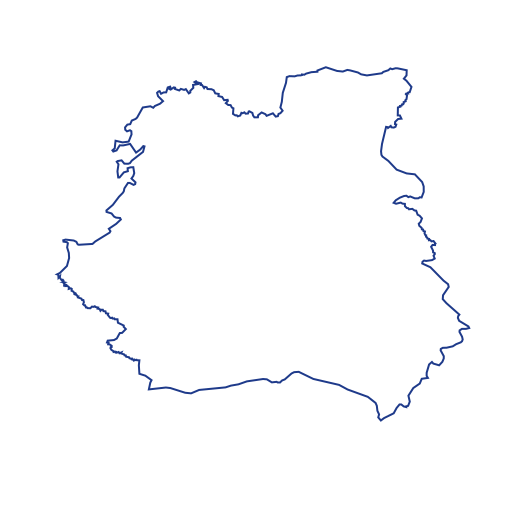 outline of Trakan Phuet Phon, Ubon Ratchathani, Thailand, rotated 81°
{"feature_id": "78962969B42152310983042", "entity_name": "Trakan Phuet Phon", "entity_type": "district", "adm_level": 2, "iso_a3": "THA", "parent_name": "Thailand", "parent_adm1": "Ubon Ratchathani", "projection": "robinson", "projection_center": [105.015, 15.601], "detail": "fine", "context": "isolated", "style": "outline", "palette": "blue", "viewbox_px": 512, "rotation_deg": 81, "n_neighbors": 0, "source": "geoboundaries", "source_scale": "gbopen_adm2", "svg_char_len": 5959}
<svg xmlns="http://www.w3.org/2000/svg" viewBox="0 0 512 512"><g transform="rotate(81 256 256)"><path d="M243.0,455.3L243.6,454.2L246.7,454.5L245.4,452.8L246.6,453.2L248.9,452.1L249.5,451.7L249.2,450.6L250.0,450.1L250.4,450.6L251.6,449.8L251.7,450.5L252.2,449.2L252.5,450.3L253.3,449.7L254.6,450.0L254.2,449.2L254.8,448.0L255.9,448.8L256.2,446.8L257.6,445.6L259.2,446.1L258.9,444.0L259.7,443.1L261.5,443.6L262.6,441.9L264.0,441.5L264.5,440.1L265.1,439.9L265.6,440.8L266.7,439.0L267.9,438.7L268.1,437.8L269.1,438.3L270.8,435.1L272.3,434.7L272.5,433.4L274.7,433.2L276.6,434.3L278.0,433.2L278.0,432.5L280.2,432.0L280.2,431.2L281.1,430.6L281.7,427.8L280.3,425.9L280.8,424.6L280.4,423.1L281.2,422.7L282.2,420.0L283.2,420.7L284.0,418.7L285.8,418.2L284.9,417.0L285.1,415.7L286.6,415.3L287.1,413.3L289.1,413.2L289.8,411.0L291.0,411.6L294.2,409.8L294.7,408.8L294.4,407.8L295.5,407.1L295.5,405.7L296.4,405.4L296.8,402.7L300.3,402.8L304.0,397.5L305.2,397.8L307.8,396.0L311.0,400.3L310.8,402.6L315.7,406.4L316.8,409.4L316.4,415.7L318.1,416.7L318.6,415.2L320.1,415.8L320.4,414.4L322.1,412.6L323.3,412.8L323.3,413.8L324.2,414.2L326.1,413.5L327.6,411.8L328.5,411.7L328.3,410.3L329.3,409.9L329.0,408.9L329.7,408.6L329.3,406.7L330.7,406.1L330.2,404.1L331.0,404.7L332.6,401.6L333.6,401.4L333.8,400.2L335.2,400.0L336.1,397.3L337.2,397.0L337.8,395.5L338.4,395.2L338.0,394.5L339.1,394.0L339.2,392.6L340.1,392.8L339.8,390.2L340.3,390.0L340.8,387.5L345.6,388.8L354.1,389.6L356.9,384.0L362.3,378.6L364.5,380.2L371.0,382.7L371.8,365.6L373.0,361.3L380.0,347.3L381.5,341.6L379.4,333.1L381.0,306.6L380.1,301.0L380.0,293.4L378.4,284.6L378.6,268.3L379.5,264.6L383.3,260.1L383.5,255.3L384.3,254.4L384.7,252.1L383.0,249.7L382.4,246.9L377.6,239.3L376.7,236.5L377.1,231.9L386.4,218.6L396.3,194.1L402.2,186.4L412.6,167.6L419.8,160.9L422.8,160.1L427.9,160.3L431.7,159.2L434.5,160.5L438.0,158.4L436.1,154.8L432.9,144.6L428.1,140.9L425.1,137.5L425.4,135.7L427.7,133.6L428.7,131.3L428.0,131.3L427.8,129.2L423.9,126.9L417.8,127.3L411.0,121.3L407.6,114.2L403.2,111.5L403.3,105.3L401.0,106.2L398.0,105.7L390.2,102.0L388.2,98.8L390.0,97.7L392.6,92.2L389.7,88.5L386.6,86.6L384.3,86.2L378.1,88.4L376.7,88.0L375.9,85.8L376.4,82.2L376.0,75.8L374.4,72.1L373.3,67.2L372.4,65.8L370.7,64.9L367.9,65.1L362.8,66.9L361.3,66.5L360.2,64.0L360.8,59.9L360.5,56.7L358.8,57.2L351.8,65.5L348.7,66.3L347.0,65.7L345.7,64.3L332.4,75.3L327.8,78.3L324.0,77.4L316.7,70.5L313.9,70.7L309.7,74.6L294.4,85.5L289.4,93.0L287.7,92.4L286.8,90.7L287.5,88.8L287.6,82.8L286.5,79.9L283.5,80.6L282.1,79.1L281.1,79.0L280.1,80.5L278.3,80.3L274.3,81.6L272.7,79.9L273.2,77.5L272.1,77.4L271.8,76.8L269.0,78.3L269.0,80.4L267.6,81.3L267.5,82.7L266.2,82.4L265.6,84.0L264.5,84.0L263.5,85.1L262.2,84.7L261.8,85.5L260.0,86.0L258.2,85.3L257.6,86.7L256.0,86.8L255.6,88.0L254.1,88.0L251.7,90.0L249.6,90.2L248.1,88.1L244.8,86.2L241.8,88.1L240.5,89.9L236.3,90.7L235.8,92.4L233.9,94.2L233.8,97.6L232.7,98.1L232.2,99.5L230.1,101.1L227.8,100.8L227.2,103.1L225.9,104.7L226.3,109.5L225.0,111.7L222.8,109.2L220.9,104.8L219.9,100.4L220.0,98.0L221.7,96.3L221.3,94.4L223.9,90.1L224.4,86.6L223.6,85.0L224.1,83.3L218.9,80.3L213.5,79.5L209.0,80.3L200.2,86.3L198.0,94.3L192.7,103.6L182.8,110.4L177.6,115.5L175.7,116.3L172.1,116.1L165.0,114.0L148.8,107.3L149.3,105.9L150.2,105.6L148.6,102.6L150.1,102.1L150.7,99.8L150.2,98.0L148.1,96.9L147.5,98.1L145.3,97.6L142.9,94.2L143.1,90.9L139.7,91.9L139.3,94.0L131.5,92.6L131.1,90.1L130.3,90.2L130.2,88.6L129.0,87.9L129.2,87.0L128.6,86.3L127.1,86.1L126.6,84.0L125.5,84.1L124.6,82.8L121.0,81.7L119.5,82.7L119.1,82.3L119.3,80.7L118.8,80.9L118.2,79.9L118.3,78.6L113.3,76.0L106.4,80.0L104.0,82.2L101.2,79.1L96.1,78.1L92.8,86.8L92.4,88.8L92.8,92.3L91.8,94.0L93.2,96.2L94.1,101.5L95.2,103.1L95.0,118.2L93.0,123.8L90.7,126.6L87.4,134.0L86.5,136.7L87.4,141.4L85.9,147.0L80.5,157.5L82.4,166.3L83.6,166.5L83.1,172.5L83.7,178.0L84.5,179.9L83.9,182.2L84.5,182.3L84.6,183.6L84.2,186.7L84.6,189.7L83.6,194.8L84.1,197.6L89.7,199.3L99.0,204.0L107.8,206.4L113.2,208.7L116.7,207.0L118.8,209.6L119.2,211.5L121.3,212.5L121.4,214.7L117.7,217.0L119.2,223.6L117.4,224.5L115.1,228.0L117.3,231.9L119.3,232.4L118.8,235.9L116.8,236.9L114.1,237.2L112.0,240.0L112.1,240.6L114.0,241.6L113.8,244.0L112.3,245.0L112.9,246.9L112.3,248.0L114.8,249.6L115.2,252.2L114.0,253.0L113.9,254.4L112.0,256.5L106.6,255.2L105.6,256.6L103.0,257.5L102.5,259.8L100.3,261.9L98.4,259.5L97.3,259.6L97.1,263.1L93.6,264.6L92.2,268.1L90.1,267.5L89.0,270.8L85.7,271.8L84.3,273.9L83.5,277.8L81.7,278.3L80.9,280.0L82.0,281.0L78.7,282.5L78.4,283.8L76.9,283.3L75.1,287.2L74.0,287.9L74.6,289.5L77.1,286.8L77.2,291.4L80.1,291.6L82.6,295.1L84.2,295.3L84.9,296.9L80.2,299.2L80.7,301.0L79.2,304.1L80.5,305.9L78.3,310.0L77.1,309.6L76.6,310.8L78.3,314.3L77.2,315.8L76.5,314.1L75.3,314.3L75.7,316.8L80.3,319.1L80.0,321.7L80.9,324.4L78.1,325.4L78.3,326.7L79.4,328.2L82.9,327.7L88.5,323.6L90.6,327.0L92.0,332.4L93.5,334.3L91.6,336.9L91.6,344.6L100.7,351.8L101.8,353.5L102.8,357.5L106.1,359.6L106.1,362.5L108.5,365.2L110.8,365.4L112.7,363.9L112.1,360.8L113.2,359.6L116.4,359.9L123.1,363.9L122.9,370.0L120.2,376.7L127.6,378.7L129.2,381.3L130.5,380.6L129.9,377.2L125.4,373.3L126.0,369.7L125.6,362.8L135.1,358.3L132.8,353.8L129.8,350.1L130.3,349.0L135.5,351.3L142.4,363.8L144.6,366.0L144.9,367.9L144.2,371.6L140.5,373.8L140.6,377.8L141.1,378.8L143.9,377.5L150.7,379.6L156.9,379.8L157.1,378.5L152.7,373.4L152.2,369.3L149.2,369.1L148.8,366.1L149.1,363.3L155.1,363.3L157.8,364.7L160.0,366.9L164.4,363.5L166.1,364.1L166.6,365.8L164.1,369.2L163.8,371.0L168.6,375.4L171.5,376.5L172.9,377.8L176.0,382.0L183.1,389.4L187.6,396.6L189.1,396.7L191.4,392.0L194.9,390.0L196.2,388.2L197.2,384.3L198.8,383.8L202.4,389.1L206.1,397.1L208.7,395.9L210.0,396.9L216.5,412.5L218.5,415.6L217.2,429.2L216.6,430.3L213.9,431.2L212.2,433.6L210.0,441.5L210.3,443.9L211.7,443.9L212.7,440.7L213.9,439.8L218.0,441.2L223.7,440.4L228.8,440.9L236.3,444.3L242.1,452.4L243.0,455.3Z" fill="none" stroke="#1e3a8a" stroke-width="2"/></g></svg>